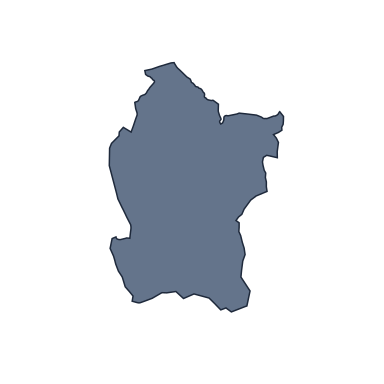 New Juaben South Municipal, Eastern, Ghana, rotated 136°
{"feature_id": "2480657B86034404720136", "entity_name": "New Juaben South Municipal", "entity_type": "district", "adm_level": 2, "iso_a3": "GHA", "parent_name": "Ghana", "parent_adm1": "Eastern", "projection": "orthographic", "projection_center": [-0.271, 6.08], "detail": "fine", "context": "isolated", "style": "filled", "palette": "slate", "viewbox_px": 384, "rotation_deg": 136, "n_neighbors": 0, "source": "geoboundaries", "source_scale": "gbopen_adm2", "svg_char_len": 3102}
<svg xmlns="http://www.w3.org/2000/svg" viewBox="0 0 384 384"><g transform="rotate(136 192 192)"><path d="M306.2,163.9L306.7,158.1L310.9,155.0L308.2,150.4L307.2,149.1L306.3,148.4L303.9,147.3L300.3,145.7L294.5,143.2L283.6,140.5L280.2,137.0L272.7,131.6L272.1,121.3L261.4,117.3L253.4,103.9L253.3,100.8L253.2,96.4L253.2,87.2L248.1,85.0L247.0,78.4L233.4,72.7L231.7,71.9L219.0,80.5L215.9,96.8L210.9,101.1L203.4,107.1L197.3,110.1L193.5,115.4L190.8,120.8L187.3,126.8L185.8,131.0L182.8,133.7L179.5,137.1L180.2,140.9L175.9,141.7L171.7,141.3L166.4,143.5L155.4,145.4L148.6,144.6L137.6,140.3L134.9,144.1L131.5,147.6L129.2,151.4L125.8,154.4L125.0,157.4L122.3,162.0L120.4,164.7L116.6,167.3L112.8,166.5L111.0,163.9L106.8,157.4L102.6,161.9L95.4,167.6L93.9,172.2L93.5,176.7L88.5,174.8L84.4,174.0L82.5,176.3L79.4,177.4L76.8,179.7L73.7,182.8L73.1,188.8L73.8,188.8L75.9,188.2L77.0,188.2L78.7,188.6L79.5,189.0L79.9,189.3L80.1,189.5L80.5,189.9L87.2,192.8L87.6,193.4L88.9,194.5L89.7,195.6L90.0,197.6L92.2,202.5L97.8,209.4L103.3,216.0L105.5,216.9L113.2,221.8L114.0,223.0L115.0,223.7L115.5,223.8L116.6,223.8L117.2,223.5L119.1,221.7L120.6,221.0L122.2,220.4L123.2,220.7L124.1,221.0L123.7,222.8L123.3,223.4L122.8,223.8L120.8,224.0L120.4,224.4L120.1,224.9L119.1,227.8L117.3,231.4L116.7,232.2L116.4,232.5L112.0,236.8L113.1,243.2L113.5,243.7L114.2,244.1L114.6,244.4L116.4,247.1L116.9,248.7L116.7,250.1L117.1,250.8L117.1,251.6L116.8,252.0L116.6,252.3L115.7,253.0L115.1,253.5L114.8,254.0L114.5,254.7L114.6,256.0L114.3,257.1L114.0,258.2L113.9,259.7L114.1,260.3L114.3,260.9L114.9,261.9L114.8,263.1L115.0,263.6L115.9,265.0L116.1,265.5L116.0,266.0L116.0,266.5L115.8,267.0L115.7,269.4L116.2,271.0L116.2,271.5L115.8,272.1L114.9,274.3L114.9,274.6L115.8,278.3L116.1,288.3L116.3,290.8L116.2,292.6L115.3,296.6L115.0,297.5L117.4,299.4L128.5,305.1L135.5,308.3L141.6,312.1L143.7,308.8L143.3,306.2L142.7,305.1L142.1,304.1L142.1,303.6L142.2,302.8L141.9,302.0L142.1,300.9L142.2,299.7L141.8,298.6L141.8,298.3L142.0,297.9L142.6,297.2L144.0,296.9L149.1,296.5L150.4,296.3L151.5,296.0L153.3,295.8L154.4,295.5L155.4,295.1L156.2,294.9L157.2,294.9L157.5,294.9L157.8,294.8L158.7,295.1L159.5,295.5L160.1,295.8L161.3,296.2L162.2,296.5L163.0,296.6L163.4,296.4L163.8,296.3L164.5,296.0L165.6,295.5L166.2,295.3L167.1,295.0L167.5,295.0L167.9,295.0L168.7,295.2L169.5,295.7L170.3,296.0L170.9,296.2L174.6,291.1L176.5,287.2L177.2,286.3L178.0,285.5L182.1,283.5L188.6,280.1L194.2,277.4L194.3,277.7L194.3,278.0L194.5,278.6L196.5,286.2L202.6,285.7L205.5,283.1L216.1,282.9L220.8,280.8L221.6,280.0L233.2,268.4L242.5,251.8L244.4,248.4L247.2,243.4L250.1,238.5L251.5,234.2L252.9,230.0L253.9,226.7L255.5,221.8L255.9,220.7L256.2,219.8L256.4,219.2L258.8,211.2L259.1,210.7L259.4,210.3L260.2,209.2L261.3,208.1L262.5,207.1L263.8,206.1L268.9,201.9L269.8,203.0L271.0,204.4L271.9,204.8L272.1,204.9L276.6,207.5L277.0,207.9L277.7,208.7L278.3,209.7L278.6,210.6L278.4,211.7L277.9,212.5L281.8,214.0L290.1,208.3L291.9,203.3L293.0,200.3L295.0,196.5L296.9,193.2L299.9,186.2L301.2,179.4L302.6,176.6L305.9,170.2L306.1,166.2L306.2,163.9Z" fill="#64748b" stroke="#1e293b" stroke-width="1.5"/></g></svg>